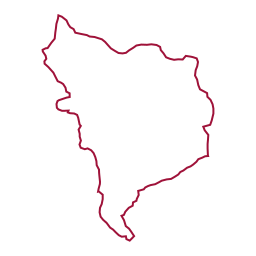 Alethriko, Larnaca, Cyprus
{"feature_id": "46923920B84228203129676", "entity_name": "Alethriko", "entity_type": "district", "adm_level": 2, "iso_a3": "CYP", "parent_name": "Cyprus", "parent_adm1": "Larnaca", "projection": "natural_earth1", "projection_center": [33.491, 34.86], "detail": "fine", "context": "isolated", "style": "outline", "palette": "rose", "viewbox_px": 256, "rotation_deg": 0, "n_neighbors": 0, "source": "geoboundaries", "source_scale": "gbopen_adm2", "svg_char_len": 2104}
<svg xmlns="http://www.w3.org/2000/svg" viewBox="0 0 256 256"><path d="M42.6,49.8L42.8,51.5L45.6,55.7L46.3,58.8L44.4,61.3L44.6,63.7L48.3,67.0L53.4,72.7L55.3,76.5L57.7,81.2L61.1,82.7L63.2,84.1L65.5,87.7L66.3,91.6L69.6,93.3L69.7,97.0L66.6,97.6L58.9,100.2L57.5,101.1L56.5,104.0L56.9,107.8L58.4,109.4L62.0,110.8L64.2,110.8L68.5,110.6L67.8,112.4L70.0,113.2L74.2,113.5L77.1,114.9L78.2,117.8L79.6,124.5L80.8,125.9L78.6,129.6L79.7,133.8L79.7,136.7L80.9,140.6L79.5,144.5L80.7,147.7L84.8,149.2L87.6,148.4L91.2,150.3L93.6,153.1L95.3,157.1L96.4,161.1L96.7,165.2L99.0,169.6L99.1,172.8L99.4,176.0L100.0,181.7L99.9,184.0L98.6,188.8L98.1,191.5L98.6,191.3L102.7,194.7L102.7,199.1L101.7,204.1L100.0,207.8L99.6,212.3L100.1,214.5L100.6,216.7L103.1,219.8L106.7,223.0L110.1,227.6L113.1,229.6L115.7,232.3L118.8,235.2L121.7,236.7L125.9,236.3L126.4,239.1L129.7,240.6L132.4,237.9L134.1,236.1L131.0,231.4L129.0,228.6L125.8,226.1L124.0,220.2L121.5,215.8L123.9,214.9L125.3,211.7L128.8,207.8L132.7,205.7L133.0,202.4L136.4,200.8L136.8,198.9L138.7,195.0L138.2,190.9L143.8,189.3L145.2,187.5L147.9,186.1L150.6,185.1L155.2,184.2L159.4,182.0L161.7,180.7L166.7,179.4L171.1,178.9L174.7,176.8L178.3,174.5L180.3,172.0L183.4,170.5L187.1,167.7L190.5,166.4L193.1,164.6L196.4,161.8L198.3,159.2L202.4,157.6L205.0,156.3L207.9,156.0L208.1,156.0L207.9,155.2L207.6,148.5L207.6,144.0L208.0,139.4L208.3,134.9L204.7,130.3L203.3,126.7L210.2,124.8L211.7,120.5L213.4,113.6L213.4,108.6L212.6,104.3L210.5,99.8L207.4,96.8L207.1,93.1L200.0,89.3L198.3,85.1L197.1,79.5L195.0,75.5L195.7,70.1L197.2,66.3L198.0,62.0L196.7,58.4L193.1,57.2L191.0,56.7L185.8,55.9L182.7,59.5L178.2,59.3L174.1,59.8L169.9,58.8L166.1,57.3L163.5,53.3L160.8,50.1L160.1,46.9L156.6,45.0L151.4,44.3L147.0,44.8L141.3,44.6L136.4,45.5L133.2,47.8L129.0,50.4L126.0,52.8L122.6,53.4L118.5,53.0L114.6,50.7L110.9,48.4L108.2,45.4L105.1,41.9L101.9,39.3L94.6,37.0L89.6,36.5L86.9,35.1L81.3,34.0L75.3,32.7L73.6,29.1L70.3,27.2L68.4,24.5L66.5,20.4L61.8,16.7L58.4,15.4L58.0,18.5L56.4,23.9L55.9,28.5L55.3,32.6L54.7,38.7L51.3,42.8L47.6,48.1L45.7,48.3L42.6,49.8Z" fill="none" stroke="#9f1239" stroke-width="2"/></svg>